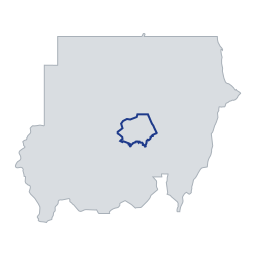 location of Gebrat Al Sheikh, North Kordufan, Sudan
{"feature_id": "16777658B91752448930430", "entity_name": "Gebrat Al Sheikh", "entity_type": "district", "adm_level": 2, "iso_a3": "SDN", "parent_name": "Sudan", "parent_adm1": "North Kordufan", "projection": "mercator", "projection_center": [31.456, 15.37], "detail": "fine", "context": "in_parent", "style": "outline", "palette": "blue", "viewbox_px": 256, "rotation_deg": 0, "n_neighbors": 0, "source": "geoboundaries", "source_scale": "gbopen_adm2", "svg_char_len": 5742}
<svg xmlns="http://www.w3.org/2000/svg" viewBox="0 0 256 256"><path d="M179.8,211.7L177.3,211.7L177.0,211.1L177.1,209.4L177.4,208.2L178.3,206.2L178.0,205.2L178.2,203.6L177.5,201.9L171.5,196.8L170.3,195.4L167.1,194.2L167.7,192.7L166.3,182.4L167.0,181.2L167.2,179.4L167.2,177.8L167.9,175.1L168.0,174.0L161.6,173.9L161.5,175.1L161.8,176.4L161.8,176.9L152.9,176.9L156.5,181.0L156.6,182.8L156.4,185.0L156.5,186.4L156.7,187.3L157.6,189.1L157.6,189.5L157.4,189.9L151.0,195.3L150.0,197.8L149.1,199.1L147.3,201.3L141.5,207.1L140.6,207.5L136.2,207.7L135.8,207.8L135.4,208.1L135.2,208.0L131.5,204.6L125.1,200.6L120.9,202.7L119.8,203.5L119.8,205.4L119.1,206.4L118.0,207.5L114.9,208.2L113.3,208.8L111.4,209.9L109.5,211.7L109.4,212.7L109.6,213.5L98.9,213.5L98.2,212.8L96.6,209.8L95.6,210.0L85.8,209.6L84.4,209.9L81.6,211.2L80.2,211.4L78.8,210.8L73.7,204.8L72.6,204.1L71.4,202.7L70.3,202.0L69.9,201.6L69.8,200.9L69.9,199.6L69.5,198.8L68.7,198.6L61.8,200.0L60.8,199.8L59.4,200.1L58.9,200.3L58.3,201.1L58.2,202.8L58.0,203.6L57.5,204.5L55.5,206.5L55.1,207.4L55.2,209.7L55.1,210.8L54.8,211.3L53.9,212.2L53.6,212.7L53.2,215.5L52.2,217.3L51.9,217.9L51.9,219.1L51.7,219.5L48.6,220.5L47.4,221.1L46.7,222.1L46.5,222.5L45.2,222.2L43.5,221.9L40.2,221.6L39.0,221.1L38.3,220.5L38.5,218.7L38.2,218.4L37.7,218.0L37.3,217.3L37.4,216.4L39.1,214.4L39.5,213.3L39.9,208.3L39.8,206.8L38.4,203.9L35.3,199.1L34.6,198.1L30.6,194.1L30.2,193.5L29.2,191.8L30.3,188.1L30.4,187.0L30.1,186.0L29.1,185.2L28.2,185.1L27.1,184.1L26.3,183.6L25.6,182.8L25.2,181.5L25.5,177.1L25.3,176.5L24.3,176.4L24.0,176.1L24.1,175.2L23.5,172.7L22.9,170.6L23.3,169.5L22.4,167.9L20.8,167.3L17.7,167.8L16.7,167.7L16.1,167.4L15.6,166.8L15.4,166.1L15.6,165.1L16.5,163.2L17.6,161.7L19.8,160.3L20.4,159.5L20.8,158.7L20.8,157.8L20.7,156.7L20.4,155.8L19.8,154.6L19.1,153.2L19.1,152.2L19.4,151.5L20.0,150.7L22.3,149.0L24.5,147.7L24.9,147.2L24.8,146.6L23.7,145.5L23.4,143.3L22.8,141.8L24.0,140.7L24.8,140.3L26.2,139.9L26.7,139.4L26.9,138.5L26.8,137.6L27.3,137.0L27.9,135.6L28.5,135.0L30.2,133.3L30.6,132.3L30.7,131.3L30.2,128.2L31.3,126.9L32.5,125.8L34.4,125.9L37.3,125.6L39.2,125.2L40.6,125.2L43.8,125.8L44.2,125.5L44.3,124.7L44.3,65.2L57.5,65.3L57.7,65.2L57.7,36.5L141.3,36.5L142.0,36.4L143.3,33.7L143.9,33.5L144.7,33.7L145.0,34.3L144.3,36.5L217.3,36.5L217.5,39.8L218.1,42.4L220.1,46.2L221.9,48.2L222.5,49.3L222.6,49.8L222.5,50.3L222.0,49.7L221.1,49.4L220.9,51.1L221.4,54.7L222.1,57.2L221.6,59.5L221.6,63.5L222.6,68.2L222.4,71.2L223.9,78.1L225.4,82.0L226.2,82.9L227.1,83.4L228.8,83.8L231.4,85.7L233.5,87.8L234.2,88.9L235.2,90.1L235.8,89.8L236.3,89.5L236.9,90.5L240.2,92.6L240.6,93.5L239.5,94.4L238.1,96.1L237.5,97.6L237.1,98.0L236.0,99.0L235.9,99.4L235.4,99.7L234.9,99.7L233.8,100.3L232.8,100.1L231.8,100.4L231.4,100.7L230.6,101.0L229.5,101.2L227.9,102.5L226.4,103.1L225.9,103.6L225.1,106.1L224.6,106.8L222.4,106.9L221.3,107.1L219.9,106.8L219.2,106.8L219.0,107.4L218.7,109.5L218.8,110.5L217.5,112.9L217.9,117.5L216.7,121.0L216.5,121.7L215.3,124.5L214.7,125.5L213.2,130.5L212.6,132.1L211.3,133.7L212.7,145.9L211.6,149.6L211.6,151.6L210.9,154.6L210.3,156.0L209.3,157.7L208.5,159.5L207.8,162.0L207.3,166.6L207.1,167.0L203.2,167.6L202.0,167.9L201.2,168.4L200.2,169.6L198.2,172.9L197.2,174.9L195.6,177.6L193.7,179.5L193.3,180.5L193.0,182.2L192.3,185.0L191.7,186.9L191.8,188.5L191.2,191.2L191.3,192.5L190.6,193.3L189.7,194.0L189.1,194.2L186.4,192.3L184.6,193.6L183.4,195.4L182.5,197.1L183.0,200.9L182.9,201.7L182.7,202.6L180.9,206.3L180.4,208.0L179.8,211.0L179.8,211.7Z" fill="#d9dde1" stroke="#a8b0b8" stroke-width="1"/><path d="M137.4,114.3L137.2,115.2L137.0,115.8L136.7,117.0L130.2,119.5L126.9,119.0L123.0,121.0L121.1,123.7L121.6,125.2L122.5,128.2L121.0,129.4L117.7,131.8L117.7,133.4L119.5,134.6L122.2,136.9L122.5,139.1L120.7,140.4L120.2,141.0L122.4,142.1L123.2,141.3L124.7,141.8L126.3,142.4L127.2,142.8L128.2,143.1L128.5,144.1L129.3,143.6L129.8,143.9L129.5,145.2L129.7,145.8L130.0,146.3L130.5,146.3L130.9,145.7L130.9,145.2L131.1,144.6L131.7,144.5L131.8,144.5L132.4,144.1L132.6,143.5L132.7,143.4L133.1,143.1L134.8,142.5L135.1,142.2L135.2,142.3L135.4,142.3L135.4,142.0L136.1,141.5L137.1,141.5L137.7,141.5L138.2,142.2L138.4,142.5L138.6,142.1L139.0,142.2L139.1,141.7L139.7,141.7L140.2,142.6L142.3,142.7L142.5,143.0L143.2,144.1L142.8,144.5L142.7,144.7L142.7,144.9L142.8,145.0L143.0,145.0L143.4,145.0L143.6,145.1L143.8,145.2L144.0,145.2L144.0,145.3L144.2,145.5L144.4,145.6L144.8,146.0L145.0,146.2L145.1,146.3L145.1,146.5L145.5,146.5L145.7,146.4L145.7,146.2L145.6,145.7L145.6,145.3L145.6,145.2L145.9,144.4L146.0,144.3L146.0,144.2L146.3,143.6L146.4,143.4L146.4,143.0L146.5,142.9L146.5,142.7L146.6,142.4L146.6,142.0L146.6,141.9L146.6,141.7L146.6,141.1L146.7,140.9L147.3,140.4L147.5,140.3L147.6,140.2L147.8,140.1L147.8,139.8L148.0,139.8L148.5,140.1L148.7,140.3L149.2,139.9L149.6,139.6L149.8,139.4L150.0,139.2L150.3,139.0L150.4,138.4L150.5,138.0L150.6,137.6L150.5,137.3L150.5,137.2L151.0,137.2L151.2,136.5L151.3,136.2L151.5,136.0L151.8,136.0L152.2,136.0L152.4,136.0L152.5,136.0L152.6,135.8L152.9,135.8L152.9,135.2L152.5,135.2L152.5,134.9L152.9,134.7L153.3,134.6L155.2,133.7L155.4,133.6L155.5,133.6L155.8,133.5L156.1,133.4L156.4,133.2L156.5,133.2L156.7,132.9L156.5,132.6L156.4,132.3L156.3,132.2L156.2,131.9L155.7,130.8L155.4,130.3L155.1,129.5L154.9,129.4L154.8,129.0L154.4,128.2L154.2,127.7L153.8,126.8L153.6,126.3L153.4,125.9L153.3,125.6L153.0,125.2L152.4,124.3L152.0,123.9L151.9,123.4L151.6,123.0L151.5,122.7L151.4,122.4L151.2,122.1L150.8,121.1L150.6,120.6L150.2,119.7L150.0,119.3L149.6,118.2L149.4,117.8L149.0,116.9L148.8,116.4L148.5,115.6L148.4,115.6L148.3,115.2L148.1,114.8L148.0,114.7L147.9,114.3L146.2,114.3L144.1,114.3L143.0,114.3L139.5,114.3L138.4,114.3L137.4,114.3Z" fill="none" stroke="#1e3a8a" stroke-width="2"/></svg>